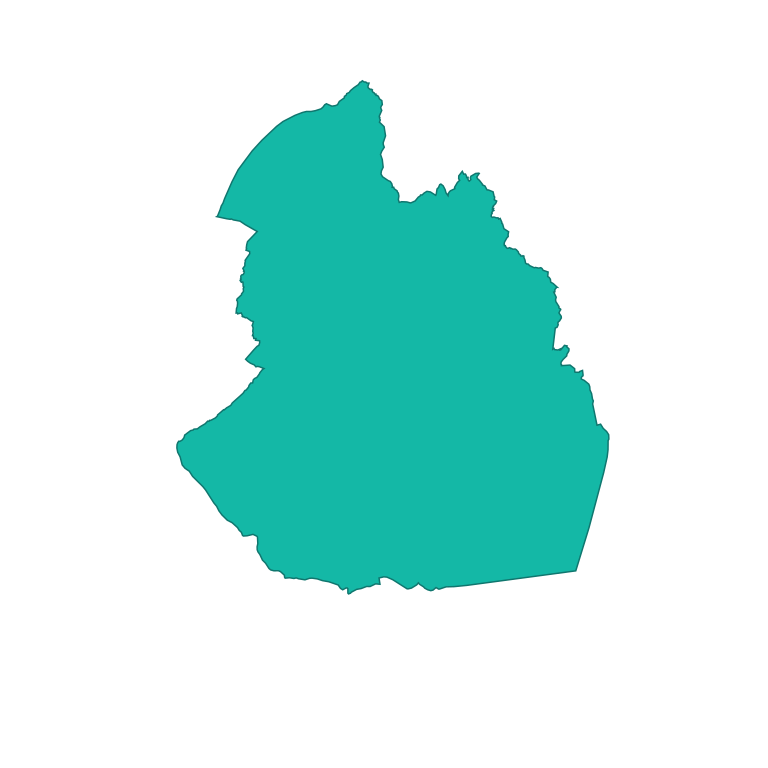 Musanze, Northern, Rwanda, rotated 230°
{"feature_id": "39286606B17052688720067", "entity_name": "Musanze", "entity_type": "district", "adm_level": 2, "iso_a3": "RWA", "parent_name": "Rwanda", "parent_adm1": "Northern", "projection": "natural_earth1", "projection_center": [29.637, -1.492], "detail": "fine", "context": "isolated", "style": "filled", "palette": "teal", "viewbox_px": 768, "rotation_deg": 230, "n_neighbors": 0, "source": "geoboundaries", "source_scale": "gbopen_adm2", "svg_char_len": 6171}
<svg xmlns="http://www.w3.org/2000/svg" viewBox="0 0 768 768"><g transform="rotate(230 384 384)"><path d="M436.2,579.4L436.6,577.9L438.0,578.2L438.9,577.0L441.3,575.5L441.9,574.2L443.4,573.8L444.6,574.9L445.3,576.7L445.9,576.5L446.6,578.2L446.3,579.5L447.6,579.1L447.4,580.1L447.9,580.8L448.7,580.0L449.5,580.7L449.6,581.9L450.1,582.0L450.5,585.6L451.7,587.9L454.3,586.9L456.1,589.0L456.8,588.9L461.1,591.1L465.4,588.8L466.5,587.7L470.8,588.6L473.2,587.4L473.6,587.8L478.8,588.0L481.0,587.6L482.9,588.1L484.1,592.3L484.6,592.1L486.4,589.5L487.3,584.1L486.4,582.6L484.7,581.9L484.6,579.8L485.4,579.5L486.9,579.9L488.2,581.2L489.0,580.0L489.7,580.6L492.1,581.3L492.7,581.2L493.5,579.9L496.6,580.7L495.4,575.1L493.2,573.1L491.4,572.9L491.2,569.8L489.3,564.5L488.1,563.8L489.3,559.1L489.2,557.8L488.6,555.8L487.1,554.1L490.7,554.4L493.7,555.8L497.8,556.7L500.6,556.1L500.9,554.8L499.5,552.1L499.3,550.0L496.0,546.2L495.3,544.9L501.3,543.0L504.0,540.7L504.5,537.4L504.3,534.8L505.3,533.5L504.8,532.3L505.1,530.4L504.2,525.5L505.4,521.3L505.8,520.6L508.7,518.6L512.3,514.7L513.3,512.4L516.0,513.5L518.4,516.2L521.0,517.7L522.5,517.7L523.6,518.2L527.0,517.3L528.4,517.9L529.4,516.7L529.8,517.4L532.4,518.7L535.1,519.0L537.3,517.9L543.7,516.1L546.8,516.7L548.9,519.0L550.6,522.7L557.1,527.0L562.1,528.9L563.8,532.0L565.2,536.4L567.7,537.3L569.3,538.4L573.1,544.7L581.1,549.5L587.5,548.8L588.6,550.8L590.2,551.3L590.9,552.2L591.6,552.0L592.3,552.7L595.0,558.1L597.7,559.0L598.7,560.6L599.1,562.3L602.5,564.5L605.3,563.8L608.1,564.6L609.5,564.2L610.2,563.4L611.2,564.2L612.0,563.4L613.6,563.6L614.4,563.1L616.1,563.3L616.7,564.2L617.3,564.1L618.3,563.5L618.5,562.7L621.2,562.3L622.5,563.2L624.1,565.9L625.6,564.3L627.0,564.2L628.0,563.0L630.2,562.3L630.1,560.3L630.6,559.8L629.8,556.7L630.3,551.6L630.3,546.9L629.7,544.7L630.4,542.1L629.5,540.6L629.8,538.6L628.7,537.5L629.2,531.4L627.8,527.9L628.5,525.7L630.3,522.7L635.7,520.0L636.0,518.1L635.3,515.1L635.3,512.5L637.5,507.1L639.7,503.2L642.6,499.8L644.4,496.1L647.0,488.6L650.0,475.4L650.4,467.3L649.2,447.2L647.3,432.9L641.9,410.1L636.6,397.5L628.5,381.1L626.1,377.0L625.0,373.8L622.8,370.4L619.6,364.3L619.7,363.5L611.6,369.8L609.0,372.1L608.7,373.0L606.5,374.1L601.3,378.4L595.3,380.1L582.3,384.9L580.8,371.0L578.9,368.3L576.6,365.8L576.0,365.8L575.2,364.3L571.9,366.2L570.1,364.9L568.0,357.1L567.3,356.9L566.0,355.1L564.0,353.4L563.3,350.2L560.7,349.5L560.6,348.9L559.8,349.1L559.0,348.2L558.4,346.5L559.0,345.2L558.8,343.9L558.0,343.0L557.0,342.6L556.7,341.5L555.7,341.5L555.7,340.3L553.6,340.1L553.3,341.0L552.7,341.4L549.2,338.8L548.3,339.0L547.5,337.4L545.3,336.0L544.6,332.8L543.9,332.2L543.6,326.2L542.8,325.0L541.6,324.9L539.9,323.7L537.6,321.3L536.6,319.5L533.4,316.3L532.6,317.4L531.8,317.0L530.2,320.3L527.4,319.6L527.2,318.9L526.6,318.9L525.8,319.3L525.7,319.8L523.9,320.3L523.2,321.4L517.8,322.8L515.8,324.1L513.6,321.0L513.7,320.7L511.1,319.8L508.7,317.3L507.0,316.5L505.6,314.3L504.9,314.8L502.5,313.5L501.1,315.1L500.1,313.7L497.1,316.5L495.6,315.4L494.1,313.1L494.4,310.8L493.8,305.9L491.9,293.9L489.0,294.2L485.9,295.0L482.0,296.9L479.5,296.9L478.9,298.3L477.4,299.6L473.0,302.0L473.2,300.1L472.4,296.1L471.8,294.9L470.8,290.9L471.4,288.3L471.2,286.5L469.3,284.1L470.4,282.5L469.7,279.7L468.7,278.3L468.0,274.6L468.4,273.2L467.5,270.1L467.0,255.6L466.1,252.9L466.9,248.3L466.9,244.9L467.4,244.6L467.3,236.7L466.6,235.7L466.4,233.1L467.5,227.9L468.3,227.0L467.9,225.9L468.9,225.1L468.5,221.4L469.5,215.5L469.6,212.2L471.6,209.4L471.5,208.1L472.6,205.9L473.0,198.5L471.5,196.4L470.8,193.5L471.2,190.9L472.1,190.0L471.6,188.2L470.5,186.4L468.1,184.2L464.3,182.1L459.3,181.0L451.7,177.4L447.3,177.4L442.3,178.8L436.2,178.0L421.8,179.3L417.4,179.2L402.1,177.2L397.9,177.2L392.9,176.0L387.7,175.7L380.4,176.4L375.4,178.5L368.1,179.5L365.0,179.0L362.1,179.4L358.9,178.3L357.9,178.6L355.7,181.6L353.0,187.0L349.1,188.8L348.1,188.7L342.8,184.7L340.9,182.2L338.5,180.3L336.2,179.5L333.2,179.3L327.2,177.7L322.9,178.1L316.6,177.3L314.4,177.7L311.8,179.5L308.8,183.1L306.8,184.1L301.6,184.8L299.8,183.6L298.8,183.5L296.3,187.1L292.9,190.0L291.9,192.1L289.8,193.3L284.8,197.6L283.0,202.1L281.6,204.0L277.6,207.6L272.9,210.5L268.0,214.6L259.5,219.7L255.4,219.3L252.9,220.1L252.2,223.6L251.5,224.6L250.5,224.8L247.0,221.9L246.0,221.9L245.3,223.9L245.5,225.1L244.3,231.0L242.0,235.0L240.1,240.5L237.8,243.2L236.3,249.1L233.2,252.2L238.6,255.5L236.4,259.9L234.2,262.1L228.5,264.9L212.3,270.0L211.5,270.9L210.0,273.9L209.1,280.0L209.6,282.5L207.7,282.5L203.3,283.9L201.3,284.0L198.3,285.2L195.6,287.0L194.6,289.1L194.6,293.0L191.8,294.0L191.2,294.8L188.7,301.2L183.7,307.5L176.5,318.0L117.6,410.8L142.1,448.6L174.9,495.3L184.6,508.0L189.6,513.3L196.6,519.3L197.2,520.8L200.7,523.5L204.5,524.0L209.1,523.4L214.0,524.1L215.5,520.7L234.6,531.0L236.5,533.5L238.4,534.0L243.1,536.8L247.1,538.0L249.7,539.9L252.2,540.8L258.1,539.7L261.0,538.3L262.1,539.3L262.5,540.8L262.3,541.4L262.8,542.2L266.8,544.8L267.8,541.9L267.5,541.0L270.0,538.2L270.6,537.9L273.2,539.9L278.9,538.7L284.0,531.7L284.9,532.5L285.6,532.3L287.0,533.9L287.7,537.0L288.1,542.1L289.1,543.0L290.5,546.9L292.0,548.3L295.1,547.9L295.5,548.7L297.6,547.1L296.5,541.3L296.8,540.7L297.5,541.8L298.3,539.0L300.7,536.8L302.1,537.1L302.2,535.7L316.8,551.2L316.2,552.9L316.4,553.5L317.4,555.5L318.9,556.3L319.5,557.3L319.5,559.1L320.6,562.3L322.0,563.3L326.0,563.7L327.3,566.5L327.3,567.1L327.8,567.4L330.0,566.9L330.8,567.8L336.7,568.6L338.3,569.6L339.8,571.7L345.3,573.1L344.8,574.2L346.5,575.5L346.9,577.7L347.4,578.3L346.8,578.9L352.1,578.2L354.9,577.2L357.3,578.8L359.5,579.0L361.1,578.5L364.3,581.7L368.8,579.0L370.9,579.3L372.3,578.9L373.3,577.0L375.9,575.0L376.5,573.8L381.0,571.7L383.3,571.5L384.3,570.4L385.7,570.2L388.4,571.7L391.0,572.5L392.0,573.4L393.0,572.9L393.0,572.2L394.3,571.1L394.9,571.5L397.4,571.1L398.8,571.8L401.8,571.7L403.0,571.3L404.5,569.3L406.1,568.7L406.3,568.1L407.0,568.2L407.9,567.6L408.0,566.6L408.7,565.6L410.3,565.4L412.0,565.9L412.5,565.2L413.9,565.9L415.2,567.4L417.0,572.2L417.1,573.9L418.8,575.2L420.5,577.3L425.9,575.7L430.3,577.7L431.5,577.5L432.0,578.2L436.2,579.4Z" fill="#14b8a6" stroke="#0f766e" stroke-width="1.5"/></g></svg>